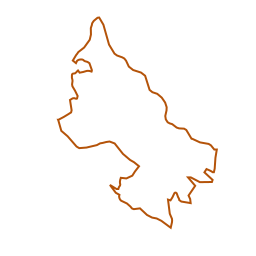 an SVG outline of Utrecht, rotated 229°
{"feature_id": "NLD-3484", "entity_name": "Utrecht", "entity_type": "Province", "adm_level": 1, "iso_a3": "NLD", "parent_name": "Netherlands", "parent_adm1": "", "projection": "robinson", "projection_center": [5.188, 52.113], "detail": "fine", "context": "isolated", "style": "outline", "palette": "amber", "viewbox_px": 256, "rotation_deg": 229, "n_neighbors": 0, "source": "natural_earth", "source_scale": "10m", "svg_char_len": 2229}
<svg xmlns="http://www.w3.org/2000/svg" viewBox="0 0 256 256"><g transform="rotate(229 128 128)"><path d="M180.0,80.6L179.9,80.7L178.5,86.7L177.6,91.9L177.1,95.3L178.4,97.1L187.2,102.6L186.7,105.6L185.9,106.9L184.3,107.9L183.9,108.3L183.7,108.9L185.2,111.0L190.9,112.5L195.9,113.4L197.6,114.4L199.8,116.9L200.7,117.6L202.7,118.6L204.6,120.3L205.2,121.0L205.2,122.0L204.0,123.9L204.0,125.9L204.2,127.0L204.2,127.6L204.2,128.0L201.5,127.8L199.7,130.9L198.2,134.2L197.5,135.2L196.4,136.3L194.5,137.5L194.9,138.2L195.4,138.7L202.2,141.4L204.4,140.8L206.9,139.2L207.7,139.0L208.7,138.9L209.7,138.4L210.6,137.5L211.6,136.0L212.0,134.8L212.1,133.6L211.1,131.3L215.1,130.6L217.1,136.8L217.4,138.5L217.9,140.3L217.5,147.7L219.7,157.0L222.8,161.3L227.8,165.5L229.4,168.2L230.5,169.6L230.9,170.9L231.3,172.5L231.2,177.3L230.3,178.7L222.1,177.2L203.4,168.4L193.0,166.6L189.9,167.3L185.1,170.0L182.9,170.8L180.1,170.7L173.8,168.9L168.4,169.9L161.3,174.2L156.2,175.2L142.6,169.3L139.0,169.9L134.6,172.5L128.8,173.4L125.2,173.0L122.8,172.7L118.3,170.8L116.0,168.6L112.6,164.0L109.7,162.2L106.3,161.7L104.1,162.5L101.9,163.9L96.4,165.0L94.2,166.3L90.7,169.9L88.3,170.7L78.2,168.9L77.7,169.4L69.9,172.9L63.1,178.4L60.6,179.2L55.1,179.0L53.5,180.9L48.2,174.5L40.4,166.7L38.3,163.8L39.1,162.9L40.6,162.5L42.4,161.8L45.5,160.3L44.4,156.6L33.3,157.8L32.2,155.9L40.0,146.7L49.5,143.0L51.3,140.9L40.3,140.8L37.3,129.4L33.6,128.3L30.2,126.0L31.7,124.8L37.5,120.0L38.7,119.7L40.0,119.4L40.8,119.9L41.6,120.2L42.8,120.4L46.8,121.9L47.8,121.7L48.3,121.2L48.4,120.4L48.0,119.4L46.5,116.0L45.5,112.6L47.7,111.2L35.9,103.3L30.6,101.6L29.1,100.5L27.9,99.2L24.7,94.8L36.0,92.3L40.9,90.3L44.6,87.4L49.9,85.3L59.5,84.3L62.9,79.2L63.7,78.7L64.8,78.2L67.0,78.3L71.7,77.7L77.7,75.1L79.4,75.1L80.9,75.6L82.1,76.3L83.2,77.7L87.1,76.3L96.9,77.0L89.5,79.3L88.3,80.7L89.2,82.1L89.5,83.0L89.8,84.2L90.2,84.8L90.7,85.3L91.4,85.6L92.2,86.2L92.8,86.7L93.3,87.3L93.9,88.0L95.1,89.9L91.0,93.7L89.2,100.0L90.6,104.7L91.9,111.2L98.2,110.1L102.5,108.6L111.7,107.2L125.1,107.8L129.9,105.2L131.7,102.4L133.3,99.2L134.7,96.9L135.5,93.3L140.5,83.8L144.8,78.0L145.9,77.6L147.8,77.0L161.4,77.0L169.6,75.8L179.4,80.4L180.0,80.6Z" fill="none" stroke="#b45309" stroke-width="2"/></g></svg>